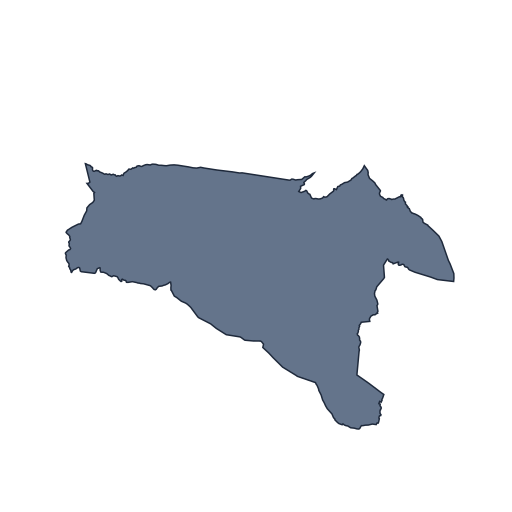 Charapan, Michoacán, Mexico (Mercator projection), rotated 292°
{"feature_id": "50627088B69294941658253", "entity_name": "Charapan", "entity_type": "district", "adm_level": 2, "iso_a3": "MEX", "parent_name": "Mexico", "parent_adm1": "Michoacán", "projection": "mercator", "projection_center": [-102.229, 19.697], "detail": "fine", "context": "isolated", "style": "filled", "palette": "slate", "viewbox_px": 512, "rotation_deg": 292, "n_neighbors": 0, "source": "geoboundaries", "source_scale": "gbopen_adm2", "svg_char_len": 6063}
<svg xmlns="http://www.w3.org/2000/svg" viewBox="0 0 512 512"><g transform="rotate(292 256 256)"><path d="M171.7,91.2L173.5,91.4L174.9,92.0L176.5,93.8L178.3,94.9L179.0,95.9L179.0,96.6L178.8,97.0L176.2,98.8L176.0,99.9L179.4,112.6L179.7,113.1L180.6,113.5L184.8,113.6L186.6,115.4L186.5,116.0L184.4,116.8L183.0,118.0L183.1,118.8L183.8,120.7L183.8,123.5L183.7,124.5L182.9,126.8L182.9,128.4L182.7,129.7L182.9,130.2L184.4,131.4L184.8,135.0L184.3,135.9L182.9,137.4L181.8,140.2L182.0,140.7L182.5,141.0L183.8,140.3L184.1,140.4L184.5,140.9L184.1,142.6L184.5,144.2L184.2,144.8L183.3,145.5L183.1,145.9L183.7,147.4L185.9,151.0L186.7,155.5L186.7,156.6L187.2,158.2L187.2,159.2L188.1,162.1L188.9,169.2L187.9,171.7L186.8,173.9L186.9,175.3L187.8,176.0L189.1,176.2L191.4,177.1L193.0,180.1L194.3,181.4L195.1,182.6L197.3,184.6L199.3,185.8L199.7,186.2L199.8,186.6L196.9,188.3L194.9,188.9L192.5,189.9L192.5,190.3L188.2,195.3L187.8,198.0L186.1,203.7L186.0,208.3L185.6,210.3L184.9,212.3L184.0,214.6L177.7,224.9L177.3,226.1L176.1,239.4L174.0,246.3L171.9,257.9L175.0,271.5L174.9,272.6L173.8,276.8L173.8,277.4L176.2,285.3L178.8,291.9L178.7,293.1L177.1,296.0L173.7,296.6L170.9,304.0L168.1,310.0L162.9,322.4L160.3,338.0L159.9,339.4L160.9,358.6L159.6,359.9L159.0,361.0L156.0,364.0L155.4,364.2L154.6,364.9L151.6,368.4L147.5,371.7L145.5,374.2L143.2,376.6L141.1,379.3L138.0,385.6L135.3,388.3L134.5,389.7L134.4,390.2L133.6,390.6L132.2,393.9L131.7,395.6L131.8,399.1L132.9,399.5L132.4,401.3L132.4,403.1L132.8,404.6L132.2,408.1L133.2,411.6L133.5,414.3L134.1,416.2L135.0,416.8L137.5,417.1L138.3,417.4L138.6,418.4L140.2,420.9L141.3,423.4L143.8,426.9L144.7,430.6L146.3,430.7L146.6,431.0L146.7,431.8L148.0,431.9L151.4,431.3L151.8,430.6L153.9,430.3L154.1,430.4L154.7,431.4L155.6,431.4L156.5,430.0L158.7,429.0L160.1,428.9L160.2,429.1L162.0,429.1L163.0,428.2L163.6,427.0L165.2,426.7L165.1,425.2L167.5,425.1L167.3,426.8L169.4,426.9L169.6,426.5L172.0,426.6L175.5,426.4L176.2,423.2L180.2,408.4L183.5,394.1L206.2,387.3L207.5,387.1L209.9,385.5L210.7,385.4L212.5,385.7L214.9,385.5L216.1,384.9L216.8,383.6L218.3,383.0L219.6,382.2L220.5,380.8L220.7,379.8L221.8,379.0L222.7,379.3L224.3,379.2L224.9,378.8L225.6,378.7L226.5,378.9L228.0,378.3L229.5,378.4L230.0,378.2L230.2,377.8L230.7,377.8L232.5,378.4L234.0,378.4L238.0,386.0L239.7,384.9L240.6,384.7L243.1,385.1L243.8,385.4L244.7,386.3L245.4,386.6L246.1,388.4L246.8,388.7L248.5,390.1L248.7,389.6L249.1,389.5L249.9,389.8L250.5,389.7L255.4,386.7L256.5,387.0L257.2,386.9L260.4,384.6L263.3,381.2L265.6,379.9L268.4,379.4L269.6,379.8L272.7,379.5L282.9,382.9L284.3,383.1L295.0,377.8L295.5,377.7L302.4,378.9L302.4,379.5L301.7,380.6L301.1,380.9L300.7,383.8L301.0,385.1L300.1,386.1L303.3,389.6L303.7,390.5L303.0,390.8L302.1,390.7L301.3,391.3L301.0,391.9L301.3,392.8L302.0,393.8L302.9,394.4L303.3,395.1L303.4,395.9L303.2,396.6L302.7,397.0L301.9,398.0L301.9,398.7L302.2,400.8L300.9,402.6L300.6,403.6L300.5,409.5L301.9,425.9L302.1,433.0L306.4,448.8L309.7,447.8L313.8,446.0L321.3,439.0L324.0,436.0L339.0,422.9L343.0,418.1L346.0,410.8L348.5,404.2L349.0,403.7L349.3,400.5L349.6,399.0L350.0,398.1L352.3,396.8L352.7,396.1L352.8,395.2L353.5,394.5L354.2,391.2L354.4,389.5L354.5,387.2L354.3,386.1L354.5,385.2L354.2,384.7L355.2,382.4L357.4,380.3L357.5,379.3L357.9,378.3L358.4,378.5L358.6,377.6L359.3,377.2L360.2,375.1L361.9,374.4L361.9,373.9L363.0,372.3L364.7,371.2L365.3,370.6L365.7,369.1L366.4,369.4L367.3,369.0L367.0,368.8L367.1,367.8L364.8,367.5L364.6,366.7L360.8,363.4L360.2,361.9L359.2,360.7L359.4,359.7L359.2,359.2L359.2,358.0L358.6,356.8L358.1,356.4L356.8,356.1L356.7,355.7L357.0,355.0L357.1,352.8L357.8,351.6L358.0,349.1L359.3,347.6L360.5,346.9L362.8,347.0L363.3,346.8L367.1,340.1L368.3,338.8L369.3,336.2L370.5,332.2L373.4,329.4L375.5,328.7L377.2,327.5L380.3,322.6L376.9,322.4L373.6,321.5L371.9,320.8L369.8,319.6L369.5,319.1L368.0,318.8L367.6,318.3L364.4,316.5L363.8,315.9L362.0,315.6L358.8,313.2L357.2,310.6L354.7,308.8L353.5,307.6L352.2,307.4L351.0,305.8L347.7,305.7L347.8,303.6L347.5,303.0L346.9,303.0L346.2,303.5L345.1,303.5L341.1,301.1L337.6,299.7L336.8,298.7L336.3,297.7L336.4,296.5L334.7,296.0L333.0,294.1L332.2,292.5L331.7,289.9L331.3,289.0L330.6,288.3L330.5,286.1L330.8,285.5L333.4,282.8L333.4,281.7L333.8,280.4L335.4,278.6L335.5,278.0L335.5,277.6L334.3,276.9L331.7,274.0L331.8,271.5L335.4,272.1L337.3,271.2L340.3,274.0L341.0,273.9L341.8,273.0L342.2,272.8L344.2,273.8L346.0,274.4L349.3,276.9L350.8,277.6L354.8,278.8L353.6,277.5L351.3,276.3L349.9,275.0L348.2,273.0L347.7,271.6L344.1,269.7L342.3,265.9L341.3,264.3L341.1,261.6L340.7,260.3L339.2,259.3L338.8,258.5L327.9,212.0L326.8,209.7L325.2,202.7L321.1,187.6L318.1,174.8L317.5,171.4L315.3,168.1L314.2,164.7L313.3,159.9L310.9,149.5L309.8,145.9L308.1,142.3L306.1,139.1L305.6,137.6L304.7,134.4L303.7,131.8L303.5,128.9L302.5,125.8L301.8,124.8L300.8,123.9L300.0,120.7L299.1,119.3L297.4,117.5L296.5,116.9L296.0,116.0L295.9,113.7L295.0,112.3L294.6,111.9L293.5,111.8L292.6,110.5L291.5,109.6L291.6,108.8L289.5,107.5L289.0,105.6L288.4,105.3L287.5,105.2L284.9,103.8L283.5,102.7L282.4,102.5L280.9,102.6L280.8,101.1L279.7,100.5L279.0,99.4L278.8,97.9L277.7,96.9L277.8,96.2L278.5,95.0L278.2,94.4L278.3,93.0L276.9,91.4L277.2,89.5L276.1,88.2L276.0,86.1L275.5,85.7L275.1,85.0L275.4,82.6L275.4,79.4L276.0,78.1L275.8,77.2L275.4,76.8L275.7,76.2L275.5,75.7L273.9,74.3L273.7,73.5L274.0,72.8L274.6,72.2L275.4,71.7L276.3,71.6L276.8,71.2L277.0,70.5L277.0,69.4L277.4,69.2L277.8,68.1L277.5,65.7L277.8,63.9L277.7,63.2L262.3,74.3L260.6,73.4L260.0,72.1L254.8,80.8L254.4,82.5L253.3,82.2L247.1,85.2L244.5,84.6L241.3,82.5L237.3,81.2L234.4,82.1L229.5,81.5L222.6,81.6L220.1,81.3L219.1,79.4L213.7,74.6L209.3,71.5L206.9,71.0L206.6,71.3L205.9,72.8L205.4,74.4L204.5,75.9L204.1,76.2L203.3,76.4L201.8,77.7L200.9,77.8L198.9,77.1L198.3,77.4L197.5,78.3L195.7,78.7L195.1,79.1L194.3,80.5L193.5,81.3L192.6,81.2L192.0,80.9L191.5,80.1L188.9,78.8L187.6,78.2L186.8,78.4L185.7,79.7L183.2,80.5L180.9,82.2L179.7,83.9L179.1,85.1L178.5,85.7L177.5,86.1L176.2,86.2L175.5,87.4L174.3,88.3L173.6,89.4L171.7,90.7L171.7,91.2Z" fill="#64748b" stroke="#1e293b" stroke-width="1.5"/></g></svg>